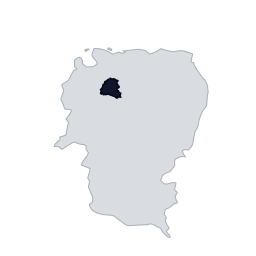 Aoral, Kâmpóng Spœ, Cambodia shown in context, rotated 110°
{"feature_id": "14789045B24826472833777", "entity_name": "Aoral", "entity_type": "district", "adm_level": 2, "iso_a3": "KHM", "parent_name": "Cambodia", "parent_adm1": "Kâmpóng Spœ", "projection": "albers", "projection_center": [104.049, 11.778], "detail": "fine", "context": "in_parent", "style": "filled", "palette": "ink", "viewbox_px": 256, "rotation_deg": 110, "n_neighbors": 0, "source": "geoboundaries", "source_scale": "gbopen_adm2", "svg_char_len": 6041}
<svg xmlns="http://www.w3.org/2000/svg" viewBox="0 0 256 256"><g transform="rotate(110 128 128)"><path d="M216.3,51.0L216.9,52.9L215.4,56.7L213.9,60.1L211.1,63.0L211.0,65.2L210.0,71.7L210.4,73.7L211.1,75.5L212.1,76.4L214.7,82.7L217.1,88.5L219.4,93.2L219.8,96.2L217.8,103.8L215.5,110.8L215.7,114.2L216.8,117.7L218.0,122.3L218.5,128.2L217.9,132.1L216.9,134.5L214.8,137.0L213.0,138.3L210.7,136.2L209.0,136.2L206.6,136.8L204.8,137.8L201.0,141.4L196.9,145.0L191.1,146.0L188.9,148.6L186.5,149.0L181.9,149.1L178.9,149.8L179.0,151.1L178.8,157.3L178.9,158.7L178.4,159.1L176.4,159.3L172.8,158.4L168.1,156.9L164.7,156.7L162.9,159.4L161.9,160.5L160.6,160.6L159.3,161.1L158.8,162.3L158.7,163.8L159.4,166.4L159.7,170.5L159.5,173.3L160.8,175.1L168.1,180.9L170.3,182.4L170.5,183.3L169.3,186.5L170.5,191.1L168.2,191.0L164.3,189.1L162.5,187.9L160.3,188.9L159.5,188.7L158.0,186.5L156.1,184.2L154.1,184.0L149.8,185.0L145.5,185.6L143.8,185.6L143.1,186.0L140.6,189.4L139.6,188.9L135.2,187.6L131.2,187.1L130.4,188.0L130.9,190.8L131.8,193.4L131.2,194.6L129.1,196.0L126.2,198.6L124.4,200.6L123.2,201.1L118.7,201.0L114.3,201.3L112.6,203.2L110.9,204.6L109.5,205.0L103.7,200.4L92.3,198.8L91.1,196.7L90.0,196.3L88.9,199.0L82.6,201.5L80.0,200.0L78.1,198.1L78.4,195.8L80.2,194.0L83.3,192.6L84.8,187.9L82.4,181.9L80.3,180.1L78.1,178.8L75.8,181.0L73.9,184.8L71.9,186.8L69.0,187.2L64.8,187.0L63.2,181.3L62.7,176.4L63.3,170.8L63.9,167.5L59.9,162.9L59.7,158.6L57.8,156.3L57.2,157.4L57.2,158.7L56.7,157.8L50.4,145.0L49.4,139.0L50.5,134.5L51.1,133.0L49.3,130.6L46.8,127.8L42.2,124.2L42.0,118.6L41.0,111.9L39.6,109.6L37.6,105.5L36.5,102.1L36.2,93.1L36.7,92.4L39.9,92.1L44.1,91.5L44.7,90.1L44.0,88.9L46.6,86.9L50.4,82.4L53.4,77.8L55.5,74.8L56.7,71.9L61.0,67.8L66.8,65.0L70.8,64.3L74.9,63.3L78.8,62.0L80.7,61.8L85.6,63.5L88.3,64.0L91.0,63.9L93.9,64.1L96.4,63.9L102.4,62.8L108.8,63.7L114.5,62.9L121.5,61.6L125.0,62.4L128.1,63.8L128.6,66.5L129.3,67.7L130.4,68.7L131.8,68.7L133.6,66.8L135.0,64.8L135.5,64.4L135.6,65.4L136.4,67.5L137.7,69.6L139.1,71.0L141.3,72.9L142.8,72.9L147.6,71.2L154.9,73.7L155.7,74.9L158.1,77.5L160.6,79.4L166.2,79.4L168.2,74.9L167.2,72.1L164.0,67.3L163.1,64.4L164.1,63.9L169.5,63.3L170.4,62.7L171.6,59.6L173.1,59.9L176.1,60.3L179.2,58.1L181.1,55.9L182.2,56.9L183.3,58.5L184.5,59.4L186.8,60.7L189.4,62.6L191.0,64.5L192.2,65.2L195.5,64.6L196.3,64.7L198.2,62.4L199.5,61.1L200.6,61.5L202.2,61.4L205.5,58.5L207.4,55.8L208.5,55.1L211.5,56.4L212.7,56.1L214.4,52.4L216.3,51.0ZM61.1,173.8L60.5,174.1L59.9,174.1L59.3,173.6L59.3,171.5L59.8,170.2L60.8,170.0L61.1,173.8ZM70.6,194.0L69.3,195.4L67.3,192.5L67.3,191.7L70.6,194.0Z" fill="#d9dde1" stroke="#a8b0b8" stroke-width="1"/><path d="M101.5,145.5L101.3,145.7L101.2,145.8L100.9,146.4L100.9,146.5L100.9,146.9L100.7,146.9L100.4,146.6L100.2,146.5L99.8,146.5L99.7,146.5L99.3,146.8L99.1,146.7L98.9,146.6L98.6,146.6L98.4,146.7L98.2,146.9L97.8,146.9L97.9,147.2L97.9,147.5L97.9,147.9L97.8,148.1L97.7,148.3L97.6,148.6L97.6,148.8L97.6,149.0L97.5,148.9L97.4,148.8L97.2,148.8L97.1,149.0L97.1,149.4L96.8,149.4L96.7,149.4L96.3,149.8L96.4,150.0L96.5,150.1L96.5,150.4L96.7,150.9L96.7,151.0L96.4,151.1L96.1,151.1L95.9,151.2L95.8,151.3L95.7,151.4L95.5,151.5L95.4,151.6L95.2,151.8L94.8,151.8L94.5,151.7L94.3,151.8L94.2,151.7L94.0,151.3L93.8,151.2L93.8,150.9L93.6,150.6L93.3,150.6L93.2,150.5L92.9,150.5L92.7,150.3L92.4,150.3L92.3,150.5L92.2,150.6L91.9,150.7L91.7,150.8L91.6,150.7L91.7,150.8L91.6,151.0L91.6,151.5L91.8,151.7L91.8,151.8L91.7,152.0L91.2,152.3L90.9,152.3L90.6,152.7L90.4,152.8L90.3,153.0L90.2,153.0L90.1,153.3L90.2,153.7L89.9,153.6L89.8,153.8L89.7,153.9L89.2,153.9L89.0,154.1L88.9,154.1L88.6,154.2L88.3,154.1L88.0,154.0L87.9,154.0L87.6,153.8L87.3,153.8L87.1,153.6L87.0,153.8L86.9,154.0L86.9,154.3L86.9,154.5L87.0,155.1L87.2,155.3L87.3,155.3L87.3,155.7L87.3,155.8L87.2,155.9L86.8,156.2L86.7,156.3L86.6,156.5L86.7,156.8L86.9,157.0L86.9,157.3L86.8,157.5L86.7,157.6L86.7,157.8L86.6,158.2L86.7,158.5L86.9,158.9L87.2,159.1L87.5,159.4L87.5,159.6L87.6,159.8L87.6,160.0L87.6,160.4L87.4,160.7L87.4,161.2L87.4,161.4L87.3,161.7L87.4,161.8L87.5,161.8L87.8,161.8L88.0,161.9L88.3,162.0L88.5,162.2L88.6,162.3L88.9,162.7L89.0,162.8L89.3,162.9L89.5,163.1L89.7,163.3L89.8,163.4L89.6,163.5L89.8,163.6L90.2,163.8L90.4,163.7L90.4,163.8L90.6,164.1L91.2,164.1L91.4,164.2L91.5,164.3L91.6,164.5L91.6,164.8L91.8,164.9L92.0,164.9L92.1,165.1L92.2,165.4L92.3,165.4L92.4,165.6L92.6,165.6L92.8,165.5L92.9,165.4L92.9,165.5L93.1,165.6L93.4,165.3L93.6,165.2L93.8,165.2L93.9,165.3L94.1,165.3L94.2,165.2L94.3,165.1L94.6,165.1L94.9,165.4L95.0,165.4L95.1,165.5L95.4,166.1L95.5,166.1L95.8,166.3L96.0,166.3L96.1,166.2L96.4,166.3L96.8,166.1L97.3,165.9L97.5,165.8L97.8,165.9L98.0,166.0L98.1,165.9L98.3,165.8L98.5,165.8L98.9,166.0L99.0,166.0L99.3,166.2L99.5,166.2L99.8,166.2L99.9,166.3L100.0,166.3L100.3,166.4L100.4,166.5L100.5,166.5L100.8,166.6L100.9,166.8L101.1,166.8L101.3,166.9L101.5,166.6L101.7,166.4L101.8,166.3L102.0,166.0L102.2,165.9L102.3,165.7L102.5,165.7L102.8,165.4L102.8,165.5L102.9,165.4L103.0,165.4L103.1,165.2L103.3,165.1L103.6,165.1L103.5,165.3L103.4,165.3L103.5,165.5L103.4,165.6L103.5,165.6L103.7,165.8L103.9,165.7L104.0,165.6L104.3,165.6L104.5,165.7L104.7,165.8L104.7,166.0L104.8,166.2L104.8,165.9L104.9,165.7L105.1,165.2L105.0,164.8L105.0,164.6L105.1,164.4L104.9,164.3L104.8,164.2L104.7,164.1L104.5,163.8L104.1,163.6L104.2,163.4L104.3,163.3L104.3,163.1L104.4,162.9L104.7,162.8L104.8,162.7L105.1,162.6L105.1,162.4L104.9,162.2L104.6,162.1L104.4,161.9L104.4,161.7L104.4,161.2L104.5,160.8L104.5,160.7L104.3,160.6L103.9,160.3L103.8,160.1L103.8,159.6L103.7,159.4L103.4,158.9L103.2,158.8L102.9,158.7L102.7,158.6L102.6,158.4L102.5,158.1L102.4,158.0L102.4,157.9L102.4,157.7L102.6,157.5L102.7,157.4L102.8,157.3L103.0,157.3L103.0,157.2L103.0,150.3L103.3,150.1L103.5,149.9L103.6,149.6L103.7,149.4L103.7,149.1L103.7,148.9L103.6,148.7L103.6,148.4L103.4,148.2L103.2,148.1L102.9,148.0L102.7,147.9L102.3,147.8L102.2,147.8L102.2,147.7L101.9,147.1L101.8,146.6L101.7,146.4L101.7,146.2L101.6,145.9L101.5,145.5Z" fill="#0f172a" stroke="#020617" stroke-width="1.5"/></g></svg>